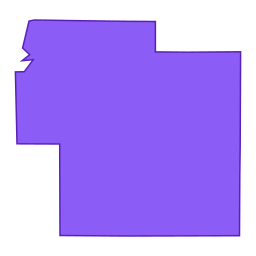 outline of Carroll, Indiana, United States of America
{"feature_id": "52423323B58725996367098", "entity_name": "Carroll", "entity_type": "district", "adm_level": 2, "iso_a3": "USA", "parent_name": "United States of America", "parent_adm1": "Indiana", "projection": "natural_earth1", "projection_center": [-86.613, 40.585], "detail": "fine", "context": "isolated", "style": "filled", "palette": "violet", "viewbox_px": 256, "rotation_deg": 0, "n_neighbors": 0, "source": "geoboundaries", "source_scale": "gbopen_adm2", "svg_char_len": 392}
<svg xmlns="http://www.w3.org/2000/svg" viewBox="0 0 256 256"><path d="M123.6,21.3L80.3,20.7L34.4,20.0L29.0,21.1L22.6,48.0L29.7,54.7L22.1,60.7L33.2,59.7L24.3,71.7L15.4,71.9L17.0,143.8L59.7,144.0L60.0,235.5L124.1,236.0L133.9,236.0L239.5,235.7L239.8,175.0L240.2,144.3L240.6,51.8L187.6,52.2L155.4,51.9L155.4,34.4L155.4,21.5L123.6,21.3Z" fill="#8b5cf6" stroke="#5b21b6" stroke-width="1.5"/></svg>